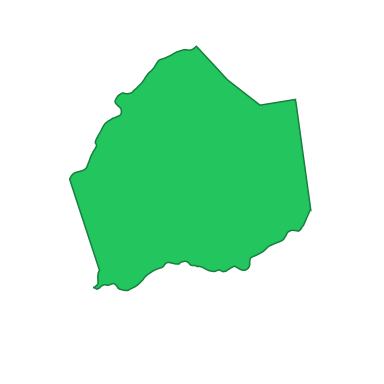 Dacretin, Choiseul, Saint Lucia (Mercator projection), rotated 28°
{"feature_id": "8701671B29376048072153", "entity_name": "Dacretin", "entity_type": "district", "adm_level": 2, "iso_a3": "LCA", "parent_name": "Saint Lucia", "parent_adm1": "Choiseul", "projection": "mercator", "projection_center": [-61.036, 13.796], "detail": "fine", "context": "isolated", "style": "filled", "palette": "green", "viewbox_px": 384, "rotation_deg": 28, "n_neighbors": 0, "source": "geoboundaries", "source_scale": "gbopen_adm2", "svg_char_len": 5922}
<svg xmlns="http://www.w3.org/2000/svg" viewBox="0 0 384 384"><g transform="rotate(28 192 192)"><path d="M241.2,63.4L240.1,62.7L240.1,62.4L239.9,61.7L211.3,83.4L170.5,76.3L155.6,71.0L127.5,61.3L126.1,64.7L126.0,65.0L125.6,65.5L124.8,66.6L124.3,67.1L123.9,67.5L123.4,67.8L123.1,67.9L122.2,68.4L121.0,68.9L120.4,69.0L119.2,69.5L118.9,69.6L118.4,70.0L117.9,70.4L116.2,72.1L115.7,72.5L115.2,73.0L113.4,74.9L112.6,75.8L111.9,76.8L110.6,78.8L109.8,80.3L109.3,81.1L106.2,85.2L104.6,87.1L103.5,88.3L102.5,89.2L102.1,89.7L101.5,90.4L101.2,90.9L100.9,91.5L100.7,92.1L100.6,92.5L100.5,93.9L100.4,94.2L100.4,94.8L100.3,95.4L100.3,96.1L100.3,96.3L100.2,97.2L100.2,97.8L100.2,98.4L100.0,100.5L99.9,101.1L99.6,102.1L99.5,102.8L99.3,103.5L99.1,104.1L98.2,106.2L97.8,107.6L97.6,108.9L97.4,110.1L97.3,110.8L97.0,113.3L97.0,113.9L97.0,114.9L96.9,115.7L96.8,116.2L96.5,118.7L96.4,119.4L96.0,120.8L95.5,122.4L95.2,123.2L94.9,124.1L94.8,124.6L94.7,124.9L94.4,126.1L94.3,126.5L94.2,126.8L93.5,128.3L93.4,128.6L93.0,129.6L92.6,131.3L92.2,132.5L91.9,133.0L91.2,133.7L89.9,134.8L89.1,135.4L87.9,136.1L87.2,136.3L86.6,136.5L85.1,136.8L84.5,137.0L84.3,137.1L84.0,137.3L83.5,138.0L83.2,138.5L82.5,139.9L82.0,140.6L81.7,141.2L81.5,142.1L81.3,143.5L81.3,143.8L81.2,144.4L81.2,145.1L81.2,146.1L81.4,147.2L81.4,147.8L81.5,148.1L81.7,148.5L81.9,148.7L82.2,148.9L82.7,149.4L83.9,149.8L84.2,150.0L84.5,150.1L85.3,150.3L86.4,150.7L87.9,151.0L88.5,151.2L89.6,151.5L89.8,151.7L90.1,151.9L90.3,152.1L90.9,152.6L91.0,152.8L91.3,153.2L91.6,153.8L92.1,154.4L92.2,154.7L92.3,155.0L92.4,155.3L92.6,156.1L92.6,156.6L92.6,157.3L92.5,157.6L92.3,158.1L92.1,158.7L91.7,159.2L91.3,159.7L90.8,160.1L89.9,161.3L89.2,162.3L89.0,162.6L88.5,163.1L88.1,163.5L87.2,164.3L86.5,165.9L85.9,167.0L85.5,167.5L85.2,167.9L84.0,170.2L83.5,171.3L83.2,172.3L83.1,173.1L83.0,173.9L82.8,174.8L82.8,176.8L82.9,181.3L82.9,182.4L82.8,184.4L82.7,186.2L82.7,187.1L82.7,189.8L82.8,191.1L83.1,192.9L83.3,193.6L83.7,194.1L85.0,194.8L85.9,195.9L86.1,196.6L86.1,199.4L86.0,200.5L85.8,203.1L85.9,204.1L85.9,205.2L85.9,206.5L86.0,207.7L86.0,208.8L86.3,210.6L86.7,213.1L87.2,217.7L87.4,219.1L87.3,220.2L87.3,220.7L86.9,221.8L86.7,222.4L85.6,224.0L84.7,225.0L83.8,225.8L82.7,227.0L81.9,227.7L81.4,228.1L80.1,229.3L79.1,230.6L78.4,232.3L78.0,233.7L77.9,234.6L77.9,235.8L77.9,237.2L78.0,238.2L147.1,304.6L147.1,307.1L148.1,309.9L149.6,312.9L150.9,315.0L152.0,316.8L151.8,319.2L150.4,321.9L150.0,322.3L150.3,322.7L150.5,322.6L150.9,322.4L151.3,322.3L151.7,322.3L152.2,322.4L153.0,322.5L153.3,322.5L153.7,322.4L153.9,322.2L154.3,321.6L155.1,320.6L155.3,320.3L155.5,319.6L156.0,317.9L156.3,317.5L156.6,317.0L157.2,316.1L157.9,315.4L158.1,315.1L158.6,314.7L158.9,314.6L159.2,314.5L160.3,314.4L160.6,314.3L161.0,314.0L162.0,313.4L162.2,313.2L163.0,312.5L163.2,312.3L163.5,311.8L164.6,310.6L165.1,310.1L165.7,309.8L166.4,309.6L167.0,309.5L167.4,309.6L168.8,310.0L170.0,310.5L170.3,310.7L171.2,311.2L172.0,311.6L172.3,311.7L172.6,311.8L172.9,311.8L175.1,311.5L175.9,311.3L178.0,310.7L178.8,310.5L179.7,310.1L180.3,309.8L181.3,309.1L181.6,309.0L181.8,308.7L182.0,308.5L183.2,306.4L183.4,306.2L183.8,305.7L184.0,305.4L185.0,304.0L185.6,303.2L186.5,301.9L187.1,300.7L187.7,299.5L188.3,297.8L189.0,295.5L189.4,294.2L189.6,293.5L189.8,292.9L189.9,292.1L190.0,291.7L190.1,290.9L190.2,289.8L190.5,288.9L190.8,287.9L191.3,286.4L191.7,285.4L191.9,285.1L192.3,284.5L192.9,283.4L193.9,281.5L194.3,280.7L194.9,279.7L195.3,279.2L195.4,278.9L196.7,277.3L198.0,275.7L199.6,274.1L200.1,273.6L200.6,273.1L201.1,272.3L201.4,271.7L201.5,271.4L201.8,270.2L202.0,269.0L202.1,268.3L202.2,267.7L202.3,267.4L202.4,267.1L202.6,266.8L202.8,266.6L203.4,265.9L203.7,265.6L204.2,265.3L205.2,264.9L206.4,264.6L206.7,264.5L208.6,264.0L211.4,263.2L212.8,262.5L213.7,262.0L214.0,261.9L214.5,261.4L214.6,261.2L214.6,260.5L214.8,259.9L215.0,259.5L215.4,259.0L216.1,258.3L217.1,257.4L217.9,256.7L218.2,256.5L218.4,256.4L219.5,256.0L220.8,255.9L221.1,255.9L221.7,256.1L222.4,256.2L224.7,257.1L225.1,257.1L225.4,257.1L226.0,257.0L226.6,256.8L227.2,256.6L227.8,256.3L229.1,255.5L229.3,255.4L229.6,255.3L229.9,255.3L230.5,255.4L231.5,255.4L232.3,254.9L233.1,254.4L233.9,254.1L234.5,253.9L235.2,253.8L236.1,253.6L237.7,253.6L241.1,253.6L244.3,253.4L247.5,252.3L248.1,252.2L248.4,252.0L249.2,251.5L249.5,251.4L249.7,251.2L249.9,250.9L250.7,250.0L251.0,249.5L251.2,249.2L252.0,248.5L252.2,248.3L252.5,248.2L253.1,247.9L253.4,247.8L254.0,247.8L254.6,247.9L255.0,247.9L255.6,247.9L256.6,247.8L256.9,247.7L257.1,247.6L259.2,246.0L260.2,243.8L261.0,242.6L261.5,241.7L262.1,240.6L263.0,239.3L263.2,239.0L263.8,238.2L264.2,237.7L264.5,237.5L265.0,237.4L265.4,237.4L266.2,237.6L267.2,237.5L267.5,237.6L268.2,237.6L268.9,237.7L269.2,237.7L269.8,237.7L270.5,237.7L271.1,237.7L271.7,237.6L272.5,237.5L272.8,237.4L273.5,237.3L274.5,236.7L275.3,236.2L276.1,235.5L276.3,235.3L276.4,235.0L277.4,233.0L277.4,232.7L277.5,232.1L277.5,230.9L277.0,228.7L276.9,228.4L276.3,227.6L276.0,227.1L275.3,225.6L275.2,225.3L274.8,223.9L274.8,223.6L274.8,223.0L274.8,222.8L275.0,222.2L275.9,220.7L276.5,220.0L278.3,217.9L278.5,217.6L279.6,215.9L280.3,215.1L280.9,214.2L281.0,214.0L281.2,213.7L281.4,213.3L282.3,212.0L282.9,210.8L283.6,208.8L283.8,208.2L284.2,207.3L284.4,206.3L284.7,205.4L285.4,203.6L285.6,203.4L286.7,202.1L287.7,200.7L288.7,199.4L289.3,198.7L289.5,198.4L290.9,196.8L291.3,196.3L292.5,195.0L292.9,194.5L293.5,193.7L294.3,192.6L294.6,192.0L295.0,191.1L295.2,190.2L295.3,189.6L295.3,187.8L295.4,186.9L295.4,185.9L295.3,185.0L295.3,184.4L295.4,183.1L295.5,182.5L295.6,182.2L295.8,181.9L296.6,180.8L297.1,180.0L297.3,179.8L297.5,179.5L297.9,179.1L299.4,178.3L300.6,177.8L301.3,177.6L301.6,177.5L302.2,177.2L302.8,177.1L303.5,176.8L303.8,176.8L304.1,176.7L304.4,176.5L304.6,176.2L304.9,175.7L305.3,174.7L305.5,173.8L305.6,173.5L305.6,172.6L305.6,171.0L305.6,170.6L306.1,169.2L304.7,151.6L305.0,151.7L241.2,63.4Z" fill="#22c55e" stroke="#15803d" stroke-width="1.5"/></g></svg>